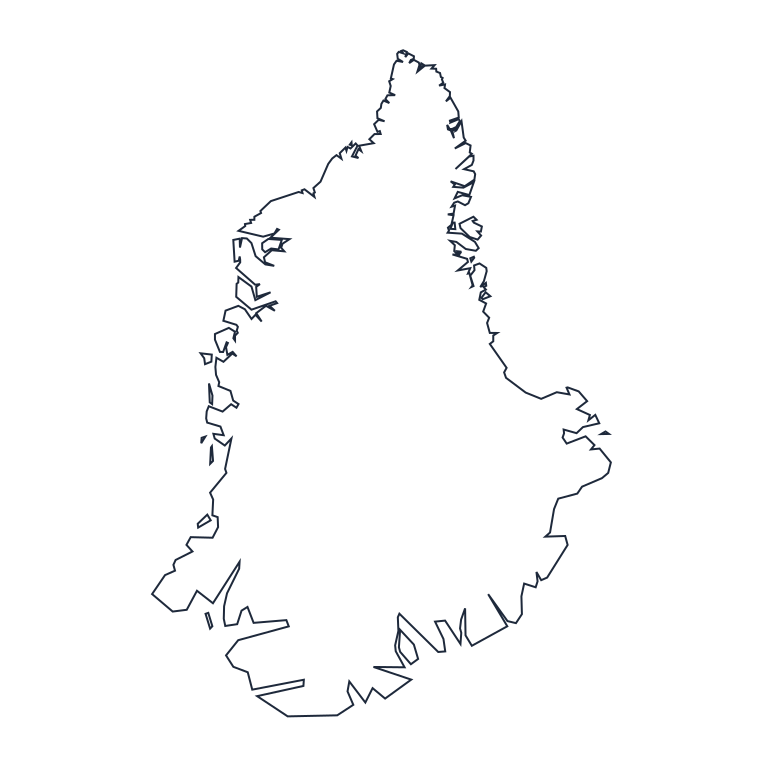 SVG path tracing the border of Greenland, rotated 181°
{"feature_id": "GRL", "entity_name": "Greenland", "entity_type": "country or territory", "adm_level": 0, "iso_a3": "GRL", "parent_name": "North America", "parent_adm1": "", "projection": "mercator", "projection_center": [-41.68, 71.708], "detail": "fine", "context": "isolated", "style": "outline", "palette": "slate", "viewbox_px": 768, "rotation_deg": 181, "n_neighbors": 0, "source": "natural_earth", "source_scale": "50m", "svg_char_len": 6166}
<svg xmlns="http://www.w3.org/2000/svg" viewBox="0 0 768 768"><g transform="rotate(181 384 384)"><path d="M474.5,50.0L505.4,69.7L459.3,80.7L459.0,86.9L510.4,76.1L515.2,93.4L529.7,98.6L537.2,109.9L525.3,125.3L475.0,140.0L477.5,146.2L510.2,142.9L516.6,158.7L522.5,154.9L526.6,141.3L538.5,139.3L540.1,146.5L540.0,159.0L537.3,172.0L525.6,196.8L525.3,203.8L551.2,161.8L567.4,174.0L577.3,154.8L591.3,152.8L612.2,169.9L599.6,189.1L589.7,193.7L591.4,199.5L589.3,204.4L572.6,213.2L578.7,219.7L574.6,227.5L552.7,227.3L547.4,238.0L548.0,248.0L553.3,249.7L552.8,265.5L556.0,272.3L540.0,292.4L541.4,296.3L535.6,326.9L542.1,319.7L552.3,326.5L553.7,331.2L543.4,330.0L546.8,338.6L560.1,342.3L561.2,346.5L560.8,353.5L558.8,358.7L544.9,353.6L536.5,361.1L531.1,357.7L529.1,361.4L534.5,364.8L537.4,374.4L549.5,379.1L548.8,382.9L552.1,390.2L552.9,398.1L552.0,407.3L544.9,403.4L536.2,411.8L531.9,409.1L535.9,413.5L541.1,410.4L542.6,418.1L540.8,422.3L542.1,422.9L545.4,413.2L548.6,413.2L553.8,425.4L553.9,431.0L540.1,437.4L533.9,433.7L535.4,427.1L533.7,424.8L533.8,429.7L531.1,432.6L532.2,434.8L531.1,438.6L532.6,440.6L545.7,444.4L543.7,454.6L531.0,459.6L524.4,456.3L517.6,446.7L513.7,451.0L507.4,444.3L513.0,452.6L503.4,460.1L494.4,455.3L499.8,460.2L492.3,463.0L493.8,464.8L517.8,456.0L533.3,468.6L533.1,481.6L531.5,482.9L531.4,488.4L518.2,479.1L514.1,465.6L499.0,473.7L512.7,469.0L513.5,478.9L509.8,481.7L514.5,481.0L533.9,497.4L529.9,503.1L530.0,505.9L530.5,509.0L531.4,504.7L535.5,503.7L537.2,525.4L530.8,526.8L530.4,517.9L528.5,527.4L523.7,527.1L519.0,522.6L514.6,509.6L504.7,501.5L495.8,500.2L505.0,503.6L506.3,508.6L498.5,515.8L486.0,514.9L489.2,518.4L487.9,522.5L481.0,527.2L500.1,528.3L491.8,536.4L493.6,537.2L496.2,532.6L507.4,529.2L532.1,534.6L525.5,539.5L525.8,541.5L519.7,542.7L520.7,545.8L516.5,545.9L516.5,549.0L509.9,552.8L510.6,554.8L500.3,564.9L472.7,574.5L468.8,573.5L469.6,576.2L466.9,577.3L456.8,569.8L457.9,573.4L456.5,574.3L458.0,578.7L451.0,585.2L443.6,603.1L439.7,608.6L435.5,612.0L430.5,608.5L432.3,614.0L426.7,619.7L425.6,616.5L424.6,620.4L421.6,618.9L416.5,624.0L414.6,621.9L420.0,611.0L413.5,609.5L416.5,611.8L413.6,618.4L410.8,616.4L413.1,621.8L398.5,624.6L402.9,628.5L397.9,633.7L391.7,633.9L392.6,636.8L394.9,636.0L398.4,643.6L394.0,648.0L388.0,646.7L395.2,649.6L395.7,656.4L392.0,660.0L391.5,664.0L389.5,667.4L383.6,665.0L387.6,668.9L385.6,672.7L377.9,673.0L383.8,675.5L382.5,682.1L384.1,686.8L380.6,689.0L382.5,689.6L379.6,703.7L377.1,707.4L370.6,706.3L375.9,709.4L376.6,714.3L375.1,716.3L370.4,714.9L372.6,717.3L370.7,718.0L367.0,716.4L368.4,711.2L365.5,715.0L359.8,712.2L359.9,709.7L362.8,708.4L364.4,705.3L359.8,708.6L354.8,706.0L354.1,703.6L356.1,696.8L348.7,703.0L339.0,703.7L342.0,700.2L337.4,700.1L337.1,697.3L333.4,695.9L332.5,692.0L330.7,691.0L331.4,689.5L330.0,686.3L334.1,683.3L328.2,684.6L328.7,680.9L323.1,677.0L323.2,673.0L327.0,667.7L322.5,671.4L314.5,657.8L313.9,651.7L323.5,648.2L321.8,648.2L322.2,646.5L314.0,650.1L312.7,648.3L316.3,642.2L320.3,640.2L322.8,640.1L325.4,644.2L324.5,639.7L321.6,638.6L318.3,631.0L320.1,638.1L316.3,641.0L317.0,638.3L316.1,638.8L311.1,648.1L308.6,631.8L306.6,628.7L317.3,620.7L306.5,626.3L301.6,624.0L302.3,617.0L300.2,615.7L316.3,600.2L302.9,612.9L298.5,613.8L298.4,609.0L300.0,604.6L307.7,600.2L298.0,598.2L296.5,595.4L297.2,589.9L306.7,583.2L320.9,587.8L316.7,584.6L318.2,582.3L308.0,581.7L297.7,587.4L302.0,574.4L313.6,577.4L316.7,570.8L309.1,574.1L300.3,572.6L302.8,566.2L306.1,564.2L313.4,567.8L317.0,566.5L319.5,562.5L316.1,563.6L317.4,555.6L323.2,554.7L317.4,553.9L319.4,544.3L322.8,541.4L321.7,538.4L323.0,536.4L308.7,535.7L295.6,527.7L291.7,521.5L294.5,518.8L304.6,520.4L314.1,527.3L320.4,528.3L315.6,524.0L316.1,518.1L312.2,514.5L317.8,514.7L303.1,510.6L302.2,507.5L312.2,498.8L299.8,501.3L302.0,495.9L300.6,496.3L297.1,484.2L298.3,482.5L296.2,483.5L299.7,493.8L295.5,499.4L296.0,504.1L290.6,506.2L283.8,501.9L283.3,498.6L285.9,488.6L289.4,482.6L283.9,486.9L283.5,484.0L286.1,482.7L283.8,480.2L288.8,477.3L290.2,469.8L283.3,466.3L286.1,458.1L280.0,452.1L282.0,446.8L279.1,436.9L271.7,437.0L275.6,434.4L275.5,428.6L278.9,425.9L261.7,402.3L264.1,397.7L262.1,392.3L242.2,377.9L226.6,371.9L211.1,378.8L198.4,376.8L201.4,383.5L200.3,383.8L189.2,380.0L180.6,370.4L190.7,362.3L177.6,356.6L179.0,351.3L172.2,356.8L168.1,348.5L184.3,344.4L190.6,338.2L203.6,341.6L203.1,337.8L204.5,333.6L200.3,327.6L181.5,335.2L172.5,326.6L175.9,322.2L167.3,323.2L155.8,309.6L158.3,299.0L164.4,293.7L184.2,284.8L188.8,277.8L207.8,272.4L211.8,261.9L215.4,238.4L220.0,234.2L200.2,235.2L197.6,226.3L217.5,193.3L223.4,190.6L228.3,198.7L227.0,189.4L228.8,183.4L240.4,186.9L242.9,174.1L242.1,156.3L247.9,147.2L256.4,149.1L276.2,175.7L256.5,143.9L291.6,123.8L298.1,134.1L299.0,161.1L302.8,149.8L303.7,140.9L302.4,136.6L303.0,125.4L318.8,148.5L328.8,147.3L320.1,130.1L318.1,117.7L325.1,117.0L364.6,154.6L366.1,151.0L365.3,137.4L368.3,122.9L367.6,117.0L358.5,101.1L389.6,100.9L351.6,88.9L377.4,69.5L390.1,79.7L397.1,65.2L413.5,86.0L415.1,76.0L409.1,62.7L425.0,51.9L474.5,50.0ZM300.9,532.5L310.2,541.2L311.3,545.5L297.5,552.8L294.3,549.8L298.2,548.5L297.0,546.9L288.9,543.2L289.8,538.1L293.3,538.2L289.5,534.1L292.9,530.0L300.9,532.5ZM508.1,516.5L508.3,522.6L502.2,527.0L488.7,526.3L491.8,516.7L499.2,517.5L505.2,513.7L508.1,516.5ZM363.6,138.5L349.6,124.0L345.1,109.7L352.2,104.3L363.2,116.5L364.5,121.0L363.6,138.5ZM567.8,241.0L558.4,250.3L554.9,244.7L567.3,237.2L567.8,241.0ZM563.3,400.7L564.2,406.6L567.9,411.5L556.7,410.4L557.0,403.3L563.3,400.7ZM559.0,381.5L555.3,369.4L555.5,360.9L557.9,362.6L559.0,381.5ZM288.1,471.8L284.0,477.5L279.2,473.6L286.7,470.5L288.1,471.8ZM558.4,151.1L555.7,152.1L551.4,138.8L553.6,136.4L558.4,151.1ZM317.9,546.6L316.2,546.6L315.4,540.1L320.4,540.3L317.9,546.6ZM555.9,317.5L555.0,318.8L553.6,304.1L556.4,301.2L555.9,317.5ZM166.1,337.7L161.7,340.4L158.2,338.0L166.1,337.7ZM299.9,511.2L296.4,512.8L296.0,511.8L298.8,507.9L299.9,511.2ZM565.4,327.0L561.7,328.3L565.7,321.6L565.4,327.0ZM353.6,701.0L352.3,705.3L349.3,703.5L353.6,701.0ZM313.0,518.0L309.7,517.7L309.5,516.9L310.8,515.2L313.0,518.0ZM422.4,622.7L420.7,625.1L420.4,622.1L422.4,622.7Z" fill="none" stroke="#1e293b" stroke-width="2"/></g></svg>